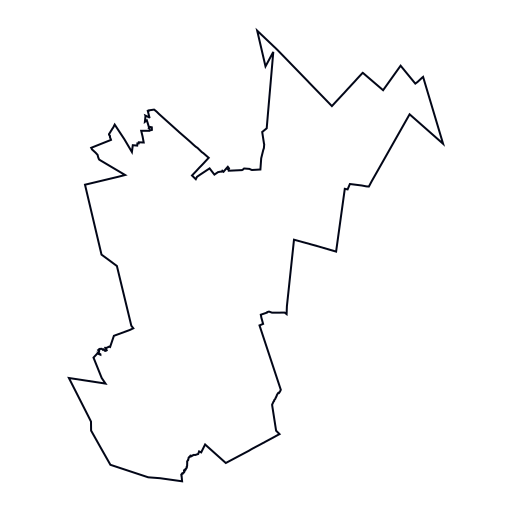 the district of Villa Juárez, San Luis Potosí, Mexico
{"feature_id": "50627088B60743344831713", "entity_name": "Villa Juárez", "entity_type": "district", "adm_level": 2, "iso_a3": "MEX", "parent_name": "Mexico", "parent_adm1": "San Luis Potosí", "projection": "equal_earth", "projection_center": [-100.218, 22.295], "detail": "fine", "context": "isolated", "style": "outline", "palette": "ink", "viewbox_px": 512, "rotation_deg": 0, "n_neighbors": 0, "source": "geoboundaries", "source_scale": "gbopen_adm2", "svg_char_len": 4666}
<svg xmlns="http://www.w3.org/2000/svg" viewBox="0 0 512 512"><path d="M423.1,76.9L422.1,77.7L417.5,82.0L415.3,83.6L400.6,65.7L383.1,90.2L362.9,72.9L362.7,72.8L359.7,76.0L357.2,78.7L354.6,81.6L351.6,84.8L349.7,86.9L347.8,88.9L346.0,90.9L344.2,92.9L342.2,95.0L339.6,97.8L335.4,102.3L331.9,106.1L308.9,82.4L308.2,81.6L294.2,67.2L277.4,49.9L257.2,30.7L265.5,66.4L273.3,51.9L268.0,113.0L267.1,123.6L266.7,128.3L262.2,132.0L264.0,143.7L264.2,144.3L263.9,148.1L263.2,150.2L261.2,158.3L260.4,169.5L251.9,170.0L250.4,169.4L249.5,168.9L244.1,168.5L243.4,169.1L242.8,169.7L242.0,170.1L233.5,170.5L231.7,170.6L228.8,170.7L228.8,170.1L228.1,169.5L228.5,169.1L229.0,168.4L227.8,166.8L226.7,168.0L224.4,170.7L223.5,171.8L223.2,171.6L222.3,170.8L221.8,171.7L221.7,171.7L220.2,171.7L219.2,171.9L217.9,172.2L216.9,172.9L214.4,174.6L211.2,170.5L209.6,168.4L206.4,170.5L203.4,172.5L200.2,174.6L197.0,176.8L195.8,179.2L192.0,175.5L193.8,173.6L196.2,171.1L199.4,167.6L201.1,165.9L203.5,163.4L205.8,160.9L208.7,157.8L203.4,153.2L201.8,152.1L197.4,147.8L196.4,147.2L195.5,146.5L195.0,146.1L193.2,144.5L190.6,142.1L186.4,138.4L179.0,132.0L178.5,131.5L171.8,125.5L159.0,114.0L156.8,111.8L154.4,109.8L154.1,109.6L148.6,110.4L148.6,110.9L147.8,111.0L149.4,117.3L149.2,117.4L147.8,116.7L145.4,115.6L145.5,115.9L144.9,121.8L146.8,120.3L147.5,122.4L149.1,127.8L148.8,128.2L149.4,128.7L149.8,126.9L151.8,127.3L151.9,129.9L149.4,130.6L149.3,130.8L146.0,130.8L143.1,130.8L141.2,130.8L142.6,136.6L143.7,142.5L138.8,142.3L138.7,143.4L137.4,143.4L137.2,145.6L132.8,145.2L131.9,152.0L124.4,139.3L114.7,124.6L114.5,125.0L114.1,125.7L113.7,126.6L113.3,127.4L112.6,128.4L112.1,129.1L111.8,129.7L111.0,130.9L110.0,132.6L109.0,134.1L109.0,134.4L109.0,134.6L109.2,135.0L109.3,135.1L109.6,135.5L109.8,135.6L110.0,136.1L110.0,136.5L109.9,136.8L110.0,137.1L110.0,137.4L110.2,137.8L110.4,138.3L110.7,139.0L110.9,139.5L111.0,139.9L91.2,147.8L91.8,148.9L91.9,149.3L95.6,152.7L97.6,154.9L98.1,157.0L98.5,158.1L98.8,158.9L99.2,159.6L100.8,160.6L125.1,175.0L118.1,176.8L88.0,184.0L85.0,184.7L101.5,254.6L116.9,266.0L131.0,324.4L131.3,325.7L133.3,328.3L130.0,329.9L113.9,335.8L110.1,347.0L109.2,346.6L107.3,347.5L107.0,347.7L106.6,347.9L105.5,347.9L106.7,350.3L105.6,350.9L105.2,350.9L104.7,350.7L103.7,349.3L102.9,349.8L102.5,349.4L101.7,348.8L99.8,348.9L99.5,349.6L98.9,349.4L98.7,349.7L98.5,349.9L98.2,350.1L99.0,351.0L99.1,351.7L98.3,352.6L98.2,352.6L98.8,353.5L99.5,353.7L100.4,354.3L100.4,354.7L97.6,353.5L97.6,353.2L93.5,357.6L101.7,378.0L105.5,383.6L100.5,382.8L68.9,378.0L81.4,402.6L88.6,416.8L91.0,421.6L91.1,430.6L100.7,447.7L110.4,464.8L148.2,477.3L160.0,478.2L182.1,481.3L181.7,477.1L181.7,476.8L181.7,476.6L181.6,476.3L181.6,476.0L181.5,475.9L181.6,475.7L181.5,475.1L181.4,475.0L181.3,474.8L181.6,474.5L181.6,474.2L181.8,473.9L182.2,473.9L182.6,473.7L182.8,473.6L182.8,473.4L182.7,473.2L183.0,473.1L183.1,472.9L183.4,472.8L183.6,472.6L183.8,472.6L184.0,472.4L184.1,472.2L184.3,471.9L184.5,471.6L184.5,471.3L184.3,471.0L184.2,470.8L184.0,470.7L184.0,470.4L184.1,470.2L184.3,470.1L184.5,470.1L184.9,469.8L185.0,469.6L185.3,469.6L185.5,469.8L185.7,469.6L185.8,469.3L185.8,469.0L185.8,468.7L186.1,468.5L186.2,468.4L186.3,468.2L186.5,467.9L186.8,467.7L186.8,467.3L186.7,467.2L186.7,466.9L186.7,466.6L187.0,466.3L187.2,465.0L187.1,464.3L187.2,463.5L187.2,462.7L187.2,462.4L187.1,461.8L187.3,461.3L187.4,460.9L187.7,460.6L188.0,460.3L187.9,460.1L188.0,459.8L188.3,459.4L188.4,459.0L188.5,458.5L188.5,458.0L188.7,457.8L188.9,457.3L189.2,457.3L189.5,457.1L189.8,456.5L190.2,456.0L190.3,456.2L190.6,456.5L190.9,456.5L191.2,456.3L191.3,455.9L191.7,455.7L192.0,455.7L192.2,455.8L192.5,455.7L192.6,455.4L193.0,455.2L193.8,454.9L194.0,454.9L195.2,455.0L196.1,454.7L196.9,454.4L198.2,454.0L199.1,451.4L201.2,452.4L204.3,446.1L205.1,444.5L225.8,463.0L240.1,455.4L248.8,450.8L251.1,449.4L253.6,448.0L253.9,447.9L255.5,447.0L258.4,445.5L279.5,434.1L276.1,430.7L272.3,406.2L272.1,404.7L272.6,403.6L273.1,402.6L273.4,401.8L273.9,401.2L274.1,401.0L274.1,400.4L274.3,400.0L274.7,399.6L275.2,399.0L275.5,398.3L275.7,397.7L275.9,397.5L276.1,397.2L276.1,396.9L276.2,396.6L276.5,396.1L276.7,395.9L276.8,395.6L276.8,395.2L277.3,394.3L277.9,393.4L278.2,393.0L278.9,393.1L279.1,392.9L279.1,392.4L279.3,392.2L279.9,391.8L280.8,389.8L259.5,325.4L263.1,323.9L261.4,317.8L260.8,314.7L267.0,312.6L267.2,312.1L269.0,311.6L272.1,312.7L284.7,312.6L286.6,314.1L286.9,306.2L294.0,239.7L316.9,246.0L336.1,251.6L344.8,188.8L347.6,189.4L349.9,184.0L361.8,185.5L364.4,186.0L366.4,186.4L368.2,186.5L368.9,186.5L371.6,181.4L382.9,161.5L397.2,136.2L409.6,114.3L443.1,143.8L441.3,137.8L423.1,76.9Z" fill="none" stroke="#020617" stroke-width="2"/></svg>